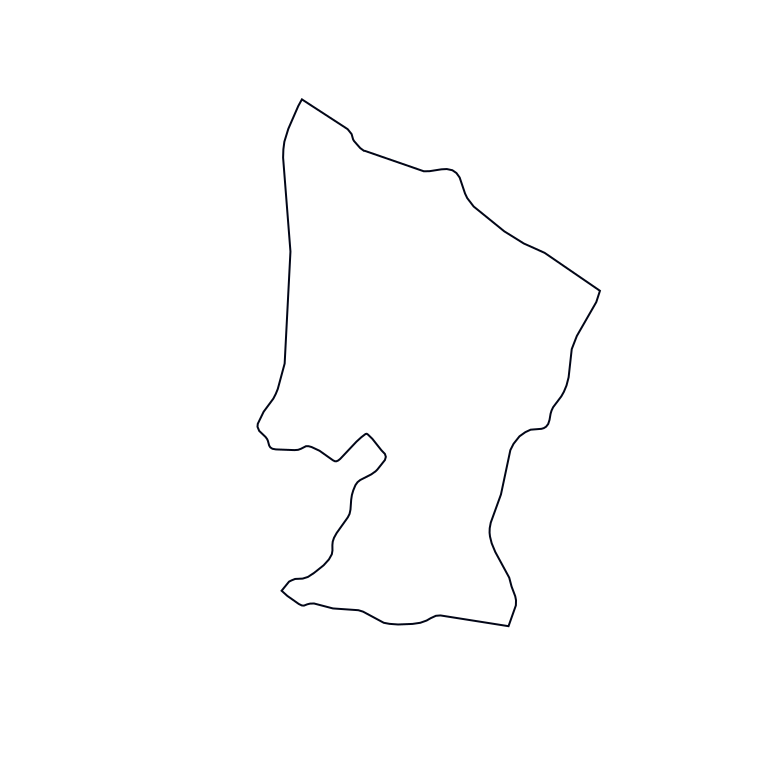 the Province of Laghouat, rotated 225°
{"feature_id": "DZA-2193", "entity_name": "Laghouat", "entity_type": "Province", "adm_level": 1, "iso_a3": "DZA", "parent_name": "Algeria", "parent_adm1": "", "projection": "albers", "projection_center": [2.543, 33.694], "detail": "fine", "context": "isolated", "style": "outline", "palette": "ink", "viewbox_px": 768, "rotation_deg": 225, "n_neighbors": 0, "source": "natural_earth", "source_scale": "10m", "svg_char_len": 1906}
<svg xmlns="http://www.w3.org/2000/svg" viewBox="0 0 768 768"><g transform="rotate(225 384 384)"><path d="M297.2,602.6L291.8,592.0L281.6,554.3L275.9,541.4L258.2,519.3L253.9,512.0L251.3,505.7L249.9,500.7L248.0,487.2L246.8,483.8L245.2,480.8L241.6,475.7L239.6,471.8L239.2,468.4L239.8,465.8L241.0,463.6L248.0,455.4L250.0,449.9L251.2,442.8L250.1,433.3L247.9,426.6L223.2,388.6L210.5,361.5L207.3,356.8L204.2,353.5L201.2,351.1L195.2,347.5L186.5,343.9L158.5,335.6L150.6,331.0L141.1,326.7L137.7,324.4L134.2,320.7L124.7,300.8L180.4,260.3L183.4,256.8L185.4,251.4L186.6,246.9L189.5,240.8L194.2,234.5L204.0,223.9L210.5,218.3L215.3,215.0L237.9,208.2L242.2,205.9L261.4,189.2L278.3,179.3L281.0,176.4L282.5,173.9L283.9,170.7L285.5,169.3L288.7,168.2L302.5,165.8L310.2,165.4L311.4,177.1L310.5,179.8L309.0,183.3L303.9,188.9L301.4,193.7L299.9,200.8L298.5,213.1L298.9,221.0L300.5,226.7L302.7,229.8L306.6,233.6L308.8,236.3L310.6,239.9L312.1,245.1L315.3,264.1L316.5,267.8L318.9,271.5L325.4,279.0L328.2,282.8L330.5,287.0L332.7,292.3L333.3,295.9L332.9,299.4L329.1,311.1L328.2,316.4L328.2,318.8L329.6,330.9L331.2,333.8L333.9,335.2L338.9,335.3L353.5,337.0L359.7,336.9L361.0,336.6L361.7,335.6L362.4,330.3L362.7,323.7L362.0,300.1L362.3,297.5L363.0,295.7L364.0,294.7L366.0,294.0L382.4,291.2L390.7,288.2L393.3,286.7L395.2,284.8L396.9,279.5L398.2,276.7L400.6,273.9L414.2,261.3L417.1,259.3L419.6,258.8L421.7,259.3L425.9,261.7L427.7,262.4L430.3,262.8L439.1,262.6L443.2,264.3L445.1,266.6L449.5,279.3L451.9,295.4L453.5,300.4L455.6,305.4L468.7,328.2L543.8,411.5L615.4,472.7L621.1,478.8L625.8,484.9L632.1,496.8L641.2,520.0L643.3,527.2L589.9,538.5L583.6,537.8L578.8,535.1L576.9,534.6L567.7,534.0L563.1,534.7L562.4,535.3L506.2,562.6L502.2,566.8L495.2,576.4L491.6,580.4L486.8,583.5L482.0,584.4L476.5,583.5L461.4,576.0L456.6,574.3L446.1,572.9L406.9,577.0L384.5,582.2L363.2,590.3L297.2,602.6Z" fill="none" stroke="#020617" stroke-width="2"/></g></svg>